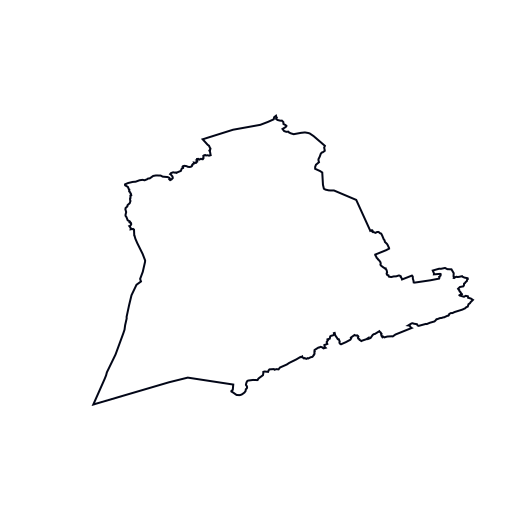 the district of Lunner nor, Oppland, Norway, rotated 164°
{"feature_id": "86288312B32418406906807", "entity_name": "Lunner nor", "entity_type": "district", "adm_level": 2, "iso_a3": "NOR", "parent_name": "Norway", "parent_adm1": "Oppland", "projection": "natural_earth1", "projection_center": [10.663, 60.235], "detail": "fine", "context": "isolated", "style": "outline", "palette": "ink", "viewbox_px": 512, "rotation_deg": 164, "n_neighbors": 0, "source": "geoboundaries", "source_scale": "gbopen_adm2", "svg_char_len": 6063}
<svg xmlns="http://www.w3.org/2000/svg" viewBox="0 0 512 512"><g transform="rotate(164 256 256)"><path d="M453.3,158.1L374.3,158.6L355.1,157.9L313.3,138.7L315.2,133.8L316.9,133.0L317.0,132.8L316.9,132.3L316.4,132.0L313.0,127.8L310.3,126.8L309.0,126.7L307.5,126.9L304.8,127.9L303.3,129.0L302.5,130.7L301.3,131.3L300.7,132.4L300.7,133.4L301.2,134.8L301.1,135.2L299.9,137.2L298.7,138.3L297.8,138.4L293.1,137.7L288.7,136.3L287.6,137.4L286.5,137.9L282.2,139.5L281.5,140.8L280.9,142.6L279.6,142.6L276.3,141.3L275.4,142.6L274.3,143.3L270.1,142.4L269.4,141.9L269.4,141.6L267.5,141.6L265.6,140.8L263.7,142.2L256.3,143.2L253.5,144.1L245.7,145.5L241.1,146.7L240.7,146.3L239.3,146.7L239.3,145.9L238.1,144.3L237.3,144.5L236.6,143.7L235.7,143.2L234.7,143.6L234.0,143.1L231.3,143.6L229.6,143.5L227.7,144.8L227.6,145.3L226.7,145.8L226.4,147.4L225.9,147.9L226.1,148.4L225.6,149.5L221.2,150.8L220.3,150.6L219.1,150.9L217.8,150.2L216.6,148.6L214.4,148.6L215.1,149.9L214.8,151.6L211.7,151.8L211.8,153.8L210.0,155.3L210.4,155.9L210.3,156.2L207.9,156.2L206.8,158.3L205.7,158.6L204.0,158.5L203.0,158.8L202.5,159.2L202.4,160.4L201.6,160.4L201.7,157.9L200.6,154.7L200.5,154.0L200.2,153.4L199.4,153.2L199.1,150.8L199.5,150.3L199.7,149.4L199.2,148.2L198.6,147.7L193.4,148.4L188.4,149.5L187.2,150.6L187.3,151.4L183.1,152.9L182.7,152.4L181.8,152.1L181.5,151.8L180.6,151.8L180.0,151.0L179.8,150.2L180.6,149.3L180.4,148.3L179.6,147.6L179.6,146.8L178.7,146.0L178.2,145.2L177.1,145.4L172.9,145.6L170.5,146.3L170.8,145.4L168.5,145.6L165.5,148.0L164.3,148.4L163.2,148.3L158.2,149.7L158.1,149.1L157.4,148.4L156.9,146.9L157.2,146.9L157.4,144.8L156.9,143.2L156.2,143.7L155.1,142.4L152.0,142.4L147.6,141.4L146.7,141.0L143.6,142.1L126.3,143.9L126.8,144.4L127.5,146.7L128.8,147.3L125.1,148.3L124.0,148.2L122.9,147.4L120.1,146.1L119.8,144.7L118.9,144.0L111.5,143.9L110.6,143.5L107.3,143.9L102.5,143.9L101.1,144.6L99.9,145.5L99.3,145.3L96.3,145.6L94.7,145.3L92.7,145.4L92.0,145.2L89.1,145.7L88.2,145.8L87.9,145.6L87.1,145.8L86.2,147.0L84.4,147.4L82.9,147.0L80.6,147.4L72.4,147.6L69.3,148.1L68.1,148.8L66.4,149.0L65.0,151.1L63.4,151.6L62.4,152.5L59.6,154.0L61.2,155.9L63.6,157.4L63.4,158.1L63.6,158.5L63.5,158.9L65.4,159.9L67.3,159.5L71.0,161.8L71.2,162.2L69.9,162.6L68.6,162.6L68.6,162.8L69.1,163.6L69.5,165.2L69.9,165.5L70.1,166.4L70.0,167.3L70.4,167.6L70.8,168.8L68.5,170.0L65.1,169.7L64.2,170.5L63.6,172.1L62.7,172.3L61.6,173.2L60.3,173.7L59.7,174.9L58.7,175.5L58.7,176.3L61.6,177.8L63.4,179.3L63.5,179.8L66.8,180.0L68.2,180.3L69.0,180.8L70.2,180.7L71.6,180.2L72.0,180.4L71.4,181.5L71.7,182.1L70.7,185.0L71.8,189.3L75.7,190.6L77.6,192.4L81.7,192.7L83.5,193.3L90.1,193.3L89.7,189.9L90.0,189.3L84.0,188.1L83.5,187.8L83.5,187.5L84.0,186.3L85.7,185.5L85.6,184.7L86.2,183.8L95.2,184.6L110.9,186.7L111.7,187.1L111.4,189.2L111.5,190.7L111.0,193.1L111.5,194.2L122.1,193.2L122.1,194.5L122.7,196.0L122.4,196.5L123.4,197.6L124.2,197.9L126.9,197.8L129.1,198.4L131.8,198.5L133.9,199.5L134.1,200.2L134.0,200.9L135.2,201.8L135.3,202.4L135.2,203.4L134.6,203.8L134.4,205.0L134.4,206.3L134.6,207.4L135.1,207.9L134.9,208.4L135.4,208.6L136.6,209.8L138.4,212.2L138.8,213.3L138.2,214.4L138.1,215.7L138.8,217.8L139.8,219.3L139.7,219.8L140.6,221.2L140.6,222.5L141.1,223.6L141.0,224.5L129.5,225.7L126.0,226.4L125.9,227.0L126.5,230.7L126.8,231.6L128.2,234.0L128.1,235.7L128.6,236.7L129.1,241.1L129.5,243.0L130.6,243.8L131.3,245.0L131.8,245.4L133.0,245.7L134.7,245.3L136.7,246.8L137.1,246.8L137.6,247.6L137.0,248.3L137.2,248.7L137.9,248.9L139.2,248.7L139.2,248.8L144.2,282.3L163.0,297.5L167.7,298.9L171.0,300.7L172.2,302.0L172.0,306.0L169.3,318.0L170.9,319.9L175.1,323.5L174.6,325.3L173.2,327.2L169.6,328.8L169.6,330.5L169.3,331.8L167.3,334.0L165.6,336.4L164.3,337.3L163.3,337.3L161.0,338.1L160.8,338.6L160.6,341.4L159.4,342.9L167.6,355.4L170.6,359.0L172.0,359.9L174.9,361.3L178.9,362.0L186.2,362.7L188.7,364.3L190.2,365.6L190.6,366.6L192.6,367.0L194.5,368.3L195.5,370.8L191.9,371.8L190.9,372.6L191.5,373.7L193.2,375.3L192.8,377.2L193.8,379.0L195.4,379.4L197.8,380.8L198.9,382.2L198.8,382.6L197.9,383.3L198.3,384.1L198.1,384.5L198.1,385.3L200.3,384.4L201.3,382.5L207.6,381.6L215.7,380.9L243.2,383.7L275.1,382.9L271.8,376.2L270.8,375.0L270.4,372.2L270.2,372.0L270.2,371.6L271.0,371.0L270.9,370.6L271.2,369.9L271.7,369.9L271.5,368.7L271.8,365.4L273.5,365.4L274.8,366.2L276.4,366.4L277.0,367.1L278.2,367.1L279.1,366.7L279.0,366.0L279.6,365.0L279.5,364.7L280.1,364.4L279.9,364.2L280.4,363.7L281.0,363.8L282.2,364.6L283.9,364.3L284.7,365.3L286.0,365.5L286.2,365.1L286.0,364.7L286.5,364.6L286.1,364.2L286.1,363.8L286.5,362.9L287.4,362.9L287.7,362.2L288.2,362.0L289.9,362.9L289.9,362.3L290.2,361.9L291.4,361.8L292.4,361.0L292.3,360.6L293.0,360.0L293.5,359.8L295.1,359.8L296.9,360.5L298.0,361.5L299.9,362.4L301.3,362.5L301.8,362.2L301.5,361.5L301.8,360.7L303.2,360.6L304.8,358.5L308.6,358.1L309.4,357.8L309.9,358.4L310.6,358.3L312.6,359.3L314.9,359.1L315.9,358.4L315.5,358.0L314.4,355.5L314.4,354.7L314.5,353.9L316.1,352.9L317.6,352.6L318.2,353.6L317.5,354.2L317.8,355.0L319.1,356.2L323.8,358.0L325.5,359.6L329.9,361.0L332.8,361.3L336.7,359.9L338.5,360.2L339.4,359.8L342.2,359.5L344.1,360.5L347.1,360.9L351.2,360.6L354.1,361.2L358.9,361.4L362.1,361.0L362.3,360.6L362.3,360.0L360.1,357.7L359.8,354.9L359.5,354.7L360.1,353.0L359.4,351.9L359.4,350.9L359.1,350.5L359.1,349.6L359.8,349.0L359.4,348.6L360.1,348.1L360.6,347.2L360.6,346.4L361.2,346.0L361.6,344.5L361.5,343.5L362.9,341.5L365.3,340.4L365.7,339.9L366.0,339.1L368.1,338.1L368.7,336.9L368.7,334.0L370.2,331.3L370.3,330.4L369.8,329.1L369.5,325.7L367.8,324.1L367.7,323.8L368.2,323.2L367.2,322.5L367.4,322.0L367.1,321.5L367.2,320.9L367.9,320.2L368.8,319.6L369.5,319.6L368.7,317.3L369.2,316.2L367.5,316.1L367.0,315.7L366.6,315.8L366.0,315.0L367.4,309.2L367.1,308.6L367.2,308.1L367.2,305.9L366.6,301.2L364.4,289.2L363.8,282.3L364.3,280.9L369.2,272.0L373.7,265.9L373.6,263.2L378.8,261.3L386.5,252.6L391.5,243.8L397.2,233.1L397.5,231.7L400.9,225.5L402.7,221.4L404.9,218.2L418.2,200.0L431.4,185.3L433.0,182.6L435.5,179.4L453.3,158.1Z" fill="none" stroke="#020617" stroke-width="2"/></g></svg>